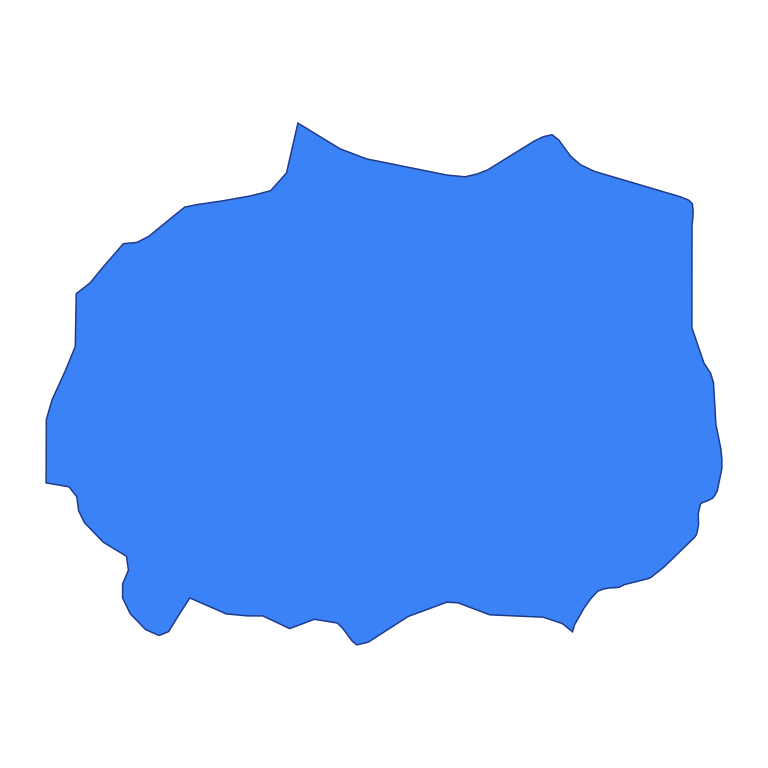 map outline of Kaffrine (Albers equal-area conic projection)
{"feature_id": "SEN-5516", "entity_name": "Kaffrine", "entity_type": "Region", "adm_level": 1, "iso_a3": "SEN", "parent_name": "Senegal", "parent_adm1": "", "projection": "albers", "projection_center": [-15.14, 14.22], "detail": "fine", "context": "isolated", "style": "filled", "palette": "blue", "viewbox_px": 768, "rotation_deg": 0, "n_neighbors": 0, "source": "natural_earth", "source_scale": "10m", "svg_char_len": 1368}
<svg xmlns="http://www.w3.org/2000/svg" viewBox="0 0 768 768"><path d="M572.5,631.8L562.4,623.6L543.1,617.2L489.6,614.8L458.0,602.8L446.7,602.2L408.1,616.5L368.2,642.2L356.9,644.9L352.4,641.4L342.2,627.7L337.2,623.0L314.3,619.3L289.7,628.6L262.8,615.9L247.5,615.9L226.3,613.9L189.8,598.0L178.3,615.8L168.6,631.6L159.0,635.5L145.6,629.6L130.2,613.7L122.6,597.9L122.6,584.0L128.4,570.2L126.5,556.3L103.5,542.4L84.4,522.6L78.6,510.7L76.8,496.8L69.1,486.9L46.1,482.9L46.2,455.2L46.3,419.6L52.1,399.8L65.6,370.1L75.3,346.4L76.2,293.7L90.2,282.8L102.5,267.7L123.4,243.7L136.9,242.4L149.1,236.1L173.7,215.9L184.8,207.1L197.0,204.6L222.8,200.8L251.0,195.8L270.6,190.7L286.5,173.0L297.9,123.1L340.0,148.8L366.5,158.9L447.1,175.1L465.1,176.8L477.4,173.9L487.6,169.9L534.3,141.0L543.3,136.7L552.0,134.7L558.6,139.8L570.6,156.2L580.4,164.7L594.5,171.4L680.4,196.8L688.8,200.2L692.3,203.7L693.1,210.5L693.0,216.8L692.0,225.1L691.9,327.8L704.0,363.2L710.6,373.2L713.5,382.9L715.9,424.3L720.8,448.6L721.9,459.2L721.9,468.4L717.3,490.8L715.0,495.0L712.9,498.0L707.9,500.6L703.1,502.4L701.0,503.5L700.3,504.5L698.2,514.1L698.6,523.8L697.5,530.4L696.5,534.4L694.9,537.0L663.9,567.1L651.4,577.0L649.0,578.4L624.6,584.6L619.4,587.1L616.3,587.6L609.5,587.9L603.2,589.1L597.7,591.2L590.4,599.1L584.1,608.0L574.6,624.7L572.5,631.8Z" fill="#3b82f6" stroke="#1e3a8a" stroke-width="1.5"/></svg>